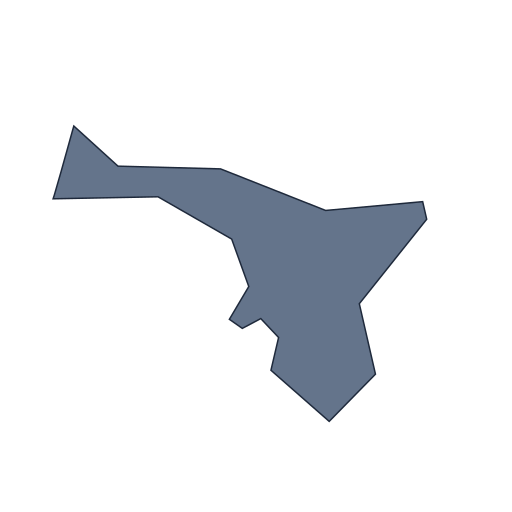 Malakal, Upper Nile, South Sudan (Robinson projection), rotated 342°
{"feature_id": "79223893B90064315418203", "entity_name": "Malakal", "entity_type": "district", "adm_level": 2, "iso_a3": "SSD", "parent_name": "South Sudan", "parent_adm1": "Upper Nile", "projection": "robinson", "projection_center": [31.585, 9.673], "detail": "fine", "context": "isolated", "style": "filled", "palette": "slate", "viewbox_px": 512, "rotation_deg": 342, "n_neighbors": 0, "source": "geoboundaries", "source_scale": "gbopen_adm2", "svg_char_len": 453}
<svg xmlns="http://www.w3.org/2000/svg" viewBox="0 0 512 512"><g transform="rotate(342 256 256)"><path d="M316.6,413.9L333.1,405.3L339.5,333.3L429.7,273.8L431.3,255.8L336.3,234.2L249.2,162.2L152.5,127.9L122.9,76.1L121.0,78.9L108.2,98.2L96.5,115.8L82.9,135.9L80.7,138.9L181.1,169.4L238.1,232.4L239.7,282.8L211.1,308.0L220.6,320.6L241.2,317.0L252.3,340.5L234.9,369.3L274.5,435.9L316.6,413.9Z" fill="#64748b" stroke="#1e293b" stroke-width="1.5"/></g></svg>